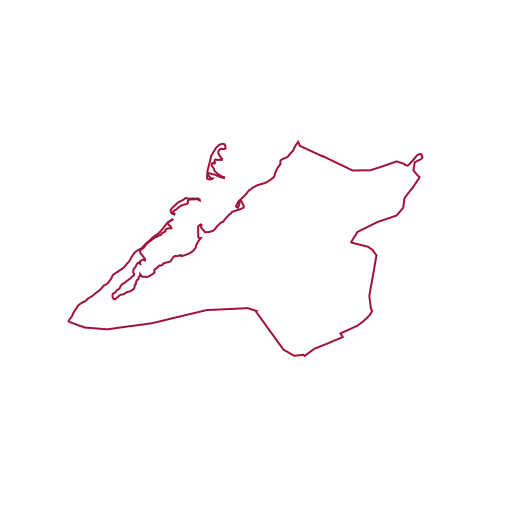 the district of Ad Durayhimi, Al Hudaydah, Yemen, rotated 59°
{"feature_id": "15242507B48909907999430", "entity_name": "Ad Durayhimi", "entity_type": "district", "adm_level": 2, "iso_a3": "YEM", "parent_name": "Yemen", "parent_adm1": "Al Hudaydah", "projection": "equal_earth", "projection_center": [43.019, 14.599], "detail": "fine", "context": "isolated", "style": "outline", "palette": "rose", "viewbox_px": 512, "rotation_deg": 59, "n_neighbors": 0, "source": "geoboundaries", "source_scale": "gbopen_adm2", "svg_char_len": 6080}
<svg xmlns="http://www.w3.org/2000/svg" viewBox="0 0 512 512"><g transform="rotate(59 256 256)"><path d="M247.4,86.7L247.2,87.4L245.3,96.7L244.3,101.5L244.1,102.3L242.0,111.2L241.6,112.9L241.5,113.7L240.8,115.0L237.9,119.8L236.7,121.9L234.5,125.7L232.5,129.1L222.3,135.8L207.6,145.5L205.3,147.0L204.9,147.2L205.1,147.5L186.2,160.3L184.0,161.7L182.0,161.3L179.9,161.1L180.9,163.2L180.9,163.4L181.2,164.2L181.8,165.4L182.6,166.6L183.0,167.5L183.4,168.2L184.3,169.0L185.0,170.6L185.2,171.7L185.7,173.4L186.2,174.8L186.5,175.8L187.2,177.4L187.3,179.3L186.9,180.9L186.7,182.9L186.6,184.0L186.6,184.6L186.9,185.9L188.8,187.3L189.8,187.7L190.8,190.3L191.1,191.1L191.5,191.7L191.8,192.6L192.4,193.5L193.4,194.8L194.6,196.6L196.0,198.1L197.1,199.2L197.7,200.7L198.1,203.5L198.1,205.7L198.2,208.3L198.2,209.6L198.0,210.1L198.0,211.3L197.4,212.6L197.4,213.5L196.7,215.2L196.8,215.9L196.2,217.7L195.9,219.5L195.9,222.8L195.7,224.5L196.1,226.0L196.1,228.2L196.9,230.3L197.4,231.5L198.3,234.2L198.7,235.8L199.0,237.5L199.4,239.1L199.7,240.8L200.3,243.1L203.2,247.7L205.2,246.7L203.7,244.3L202.5,243.1L201.8,242.8L201.2,242.2L201.0,240.6L201.8,240.3L203.7,240.5L206.9,240.6L208.0,241.6L208.0,244.2L207.5,246.6L205.8,253.6L206.8,256.3L206.7,258.0L207.5,260.2L208.8,264.5L209.8,266.6L209.4,268.1L209.5,269.2L209.5,270.1L210.1,272.0L210.3,273.4L210.7,274.6L211.6,276.7L212.3,279.2L211.5,283.4L209.4,287.5L203.0,288.3L201.2,286.7L200.4,287.3L200.6,289.1L201.0,290.5L210.2,295.8L211.5,295.5L212.2,294.1L213.8,298.0L216.0,301.8L217.9,303.5L219.3,307.7L219.5,311.0L218.9,315.4L217.8,320.1L216.5,319.9L215.9,322.3L215.4,324.0L214.3,325.4L214.2,326.4L214.8,328.4L216.5,332.0L216.2,334.2L215.5,335.7L215.2,337.8L214.6,339.3L215.4,340.4L215.3,342.2L214.4,343.6L214.6,345.0L215.5,347.6L215.2,348.6L215.5,350.3L218.0,351.6L218.2,353.6L218.3,356.3L218.1,359.6L216.5,362.1L214.9,364.4L211.9,364.6L213.4,365.8L213.6,367.5L215.4,368.8L215.4,370.7L216.5,372.1L217.0,372.3L217.3,373.1L218.2,373.4L218.6,375.0L220.3,376.2L221.2,377.6L221.5,379.3L221.5,382.0L220.4,385.4L220.7,388.9L220.1,390.6L219.4,392.4L220.5,399.2L219.4,400.2L217.6,400.2L216.7,399.7L215.6,399.2L214.8,398.3L214.7,397.2L214.7,396.1L214.4,394.5L213.8,393.4L213.5,389.5L212.1,387.8L211.3,385.4L211.3,382.1L210.9,379.5L210.6,376.5L210.4,374.9L209.8,372.9L209.9,371.0L208.9,369.7L206.9,369.7L205.4,368.8L203.9,367.1L203.6,365.2L202.7,364.1L201.5,362.0L201.1,360.9L201.5,360.3L203.1,359.3L200.9,358.6L200.8,357.8L200.8,355.6L201.0,354.7L201.3,353.7L203.3,353.7L201.5,352.8L200.4,352.8L197.3,353.1L194.4,353.6L192.6,353.1L191.8,352.7L191.2,351.9L191.4,350.5L191.0,349.9L191.2,348.4L190.2,345.8L189.2,343.4L188.8,341.1L188.7,338.5L188.4,336.0L188.1,333.4L188.6,329.5L188.5,327.9L188.9,326.1L188.0,325.3L188.3,321.0L187.6,320.7L187.2,320.5L186.8,319.9L186.8,318.8L186.8,317.6L187.3,316.6L188.6,314.3L186.3,313.8L184.9,314.7L182.9,314.8L182.3,314.6L181.9,313.2L181.9,308.8L181.4,307.9L181.7,314.5L182.7,317.1L185.0,322.9L186.3,327.6L186.6,330.4L186.6,332.7L187.2,336.5L188.0,339.5L188.2,341.7L188.7,343.9L189.0,345.4L189.6,346.7L189.7,347.8L190.3,349.2L190.4,350.1L190.3,351.3L190.3,353.1L190.3,356.4L190.7,358.8L191.7,361.1L193.5,364.4L195.4,367.6L196.2,370.8L197.9,375.4L198.0,377.9L198.2,380.6L198.4,387.0L198.7,388.7L200.8,391.7L201.4,393.1L202.9,396.7L203.2,398.9L202.9,401.3L204.9,407.9L205.1,410.8L205.5,414.1L206.0,416.5L206.0,422.6L206.7,424.3L206.7,426.7L206.4,428.4L206.5,431.7L206.9,434.2L208.4,437.0L209.5,439.5L211.1,442.4L213.0,445.0L214.0,448.0L215.4,450.2L216.8,449.6L224.0,443.9L227.1,441.4L227.2,441.2L227.3,440.7L227.5,440.5L228.8,440.1L229.0,439.8L240.4,423.8L242.3,421.2L247.9,408.0L250.1,402.8L256.6,387.9L257.8,385.0L260.1,379.6L260.2,379.1L261.0,376.9L263.8,367.9L267.5,356.0L269.6,349.4L270.8,345.6L277.0,326.0L279.4,321.6L280.7,319.2L288.4,304.9L296.4,290.0L296.7,289.7L299.7,287.1L302.9,284.3L303.2,284.0L303.2,284.7L314.7,283.7L343.5,281.3L348.6,280.8L349.0,280.8L350.5,280.7L352.8,279.3L358.3,276.3L361.2,274.6L365.2,266.1L366.7,265.8L366.2,260.2L365.8,256.0L365.7,254.6L365.6,253.7L366.3,249.6L366.9,245.5L367.4,242.3L367.6,241.2L368.3,236.7L368.2,236.7L369.2,230.1L370.2,223.8L370.2,223.4L365.8,223.5L366.4,218.7L366.9,214.6L367.9,205.5L368.0,205.4L367.4,199.1L366.5,193.7L365.0,188.3L362.9,184.8L362.8,184.7L360.5,184.7L348.7,179.5L317.5,152.4L310.8,153.0L305.7,155.3L293.5,167.4L293.0,167.2L291.5,164.2L291.4,164.1L290.1,161.4L287.6,156.5L289.2,137.8L289.3,136.4L289.6,133.5L291.4,125.3L291.9,123.1L292.4,120.7L293.2,117.1L293.6,115.4L293.7,114.8L293.5,114.2L290.5,105.0L288.2,103.2L287.4,102.5L284.8,100.5L283.7,99.7L282.9,99.0L282.0,96.6L280.5,92.9L279.7,90.7L278.9,88.8L278.8,88.4L278.7,87.7L273.5,76.7L272.5,75.2L269.1,76.2L263.5,76.9L263.3,76.7L263.2,76.6L257.7,71.9L257.4,71.7L257.9,65.0L257.9,64.4L257.1,62.5L254.1,61.8L252.9,63.2L252.6,66.1L253.2,67.6L254.1,70.2L254.9,72.4L255.4,74.6L256.2,76.7L256.6,79.1L256.7,79.5L256.4,79.8L255.4,80.7L254.7,81.4L253.6,81.4L250.4,84.1L248.2,86.0L247.4,86.7ZM149.7,235.3L148.2,235.3L147.0,234.5L146.2,232.8L146.0,231.2L147.0,229.5L148.0,228.2L148.1,226.7L146.1,225.8L144.2,225.3L142.7,226.7L142.1,228.4L141.8,230.6L142.8,234.8L147.1,242.8L151.9,247.4L153.8,249.4L158.1,253.8L164.4,258.0L165.4,257.4L166.3,256.6L167.4,254.3L167.2,253.3L166.5,254.4L164.3,255.0L163.2,255.2L161.8,255.5L160.3,254.1L163.5,251.1L165.4,249.2L169.4,246.4L170.9,245.0L172.7,243.3L172.1,242.7L170.0,244.5L167.0,246.0L162.3,247.7L158.7,247.2L155.7,247.4L154.6,246.7L153.9,245.8L154.4,244.5L155.4,244.2L155.0,243.1L154.0,243.1L152.5,242.0L152.4,241.1L153.9,239.4L155.0,237.3L156.1,235.9L155.2,235.0L153.6,235.5L152.7,235.3L151.0,235.5L149.7,235.3ZM175.0,303.6L174.9,299.3L174.4,297.4L174.3,293.9L174.9,291.3L175.9,288.5L175.3,286.9L174.4,286.7L173.4,285.6L173.4,283.6L174.4,282.0L177.1,277.0L179.5,275.6L178.4,275.1L176.3,276.7L175.5,278.9L174.3,280.0L173.5,281.9L172.1,284.5L170.0,286.2L170.4,289.2L170.0,294.5L170.2,296.7L171.9,303.7L172.9,305.8L174.4,306.3L175.2,306.3L176.3,306.2L178.3,304.7L178.0,304.1L176.6,304.6L176.0,304.9L175.0,303.6Z" fill="none" stroke="#9f1239" stroke-width="2"/></g></svg>